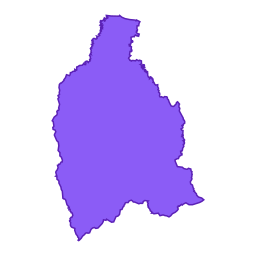 Pekalongan, Jawa Tengah, Indonesia
{"feature_id": "22746128B43405552393366", "entity_name": "Pekalongan", "entity_type": "district", "adm_level": 2, "iso_a3": "IDN", "parent_name": "Indonesia", "parent_adm1": "Jawa Tengah", "projection": "natural_earth1", "projection_center": [109.637, -7.042], "detail": "fine", "context": "isolated", "style": "filled", "palette": "violet", "viewbox_px": 256, "rotation_deg": 0, "n_neighbors": 0, "source": "geoboundaries", "source_scale": "gbopen_adm2", "svg_char_len": 5713}
<svg xmlns="http://www.w3.org/2000/svg" viewBox="0 0 256 256"><path d="M203.8,199.8L201.7,198.0L198.4,197.0L196.7,195.2L196.4,193.8L194.7,192.0L194.6,191.3L193.9,191.2L194.2,190.6L193.5,189.5L193.8,188.6L193.2,188.0L192.4,185.0L190.7,183.9L190.3,181.8L191.8,179.4L191.9,178.3L191.4,177.8L192.0,175.8L191.7,175.0L192.2,174.4L191.7,172.9L192.0,171.7L191.1,171.0L190.8,169.0L188.4,168.3L187.4,169.2L186.4,169.2L183.8,168.5L182.3,167.2L177.4,166.6L175.1,161.0L175.1,159.8L177.2,158.7L178.4,158.6L179.3,156.3L181.0,155.4L181.5,154.6L182.0,154.7L181.9,153.3L180.8,153.1L180.6,151.2L181.4,150.9L182.3,151.4L181.8,150.6L182.4,150.2L182.7,148.1L183.8,146.4L183.3,144.4L184.2,144.0L184.5,142.9L184.3,142.1L183.9,141.9L184.2,141.1L183.2,140.7L184.5,139.9L183.5,138.6L183.0,136.8L182.0,136.6L183.2,135.4L183.2,135.1L182.1,134.9L182.8,134.0L183.0,130.5L181.8,130.2L181.0,129.0L182.8,127.8L182.9,127.1L181.9,125.6L182.4,125.1L183.2,125.2L183.6,123.9L184.7,123.2L184.7,121.4L184.1,120.1L183.4,119.7L183.2,118.1L179.3,110.9L179.8,108.2L178.9,107.0L179.1,104.6L179.5,104.1L177.6,101.8L176.5,102.5L176.3,103.7L173.9,106.2L173.1,106.5L171.1,105.9L169.2,102.2L168.4,99.8L167.4,98.8L167.3,97.5L166.8,96.8L164.5,96.6L163.5,97.6L161.4,96.7L161.0,97.0L159.9,96.8L159.5,95.8L159.8,94.2L159.6,93.0L158.6,92.2L159.0,90.4L157.9,89.7L158.5,88.3L157.6,86.5L157.7,84.7L155.7,85.1L154.6,84.0L154.0,82.5L153.0,82.4L153.4,81.2L152.9,80.5L153.0,79.2L152.3,79.2L152.1,78.0L151.5,78.0L151.1,77.1L150.3,76.8L150.2,78.1L149.5,78.7L149.5,77.6L148.5,77.2L147.7,75.4L147.7,72.9L146.5,72.6L146.5,72.2L147.3,71.6L146.0,70.8L145.4,71.7L145.1,71.6L144.4,70.8L145.3,69.5L143.9,69.2L143.6,68.7L143.5,68.1L144.6,67.4L143.3,66.5L144.0,65.5L144.4,65.6L144.3,64.9L142.9,64.6L142.4,65.3L142.8,66.8L142.5,68.4L142.1,67.8L141.5,67.6L141.5,66.3L140.9,64.2L140.7,64.2L141.5,63.6L141.4,60.9L139.6,60.2L138.9,60.8L136.5,59.7L135.6,60.8L133.3,60.5L132.0,60.5L131.5,61.0L129.8,60.3L129.8,59.6L128.6,58.5L128.8,57.6L130.8,55.6L129.5,54.9L130.0,51.5L131.2,51.6L131.3,51.0L131.8,51.0L131.9,50.1L131.2,49.9L131.4,46.7L129.4,46.0L129.6,44.9L129.1,44.8L129.1,44.5L129.7,44.5L129.7,44.9L130.4,45.2L130.4,43.9L130.9,43.7L131.1,42.2L132.5,42.2L132.8,41.8L132.5,40.7L131.3,40.8L131.0,37.3L133.6,36.5L134.1,36.8L135.3,35.0L137.1,36.0L137.3,35.6L138.6,36.2L139.2,34.1L137.2,33.4L136.3,32.2L136.6,30.9L137.2,31.0L137.5,29.8L136.9,28.6L137.1,25.8L138.7,25.8L139.0,23.5L139.9,21.7L136.7,20.1L136.6,20.6L136.0,20.7L136.0,20.4L135.2,20.1L129.9,19.6L125.0,18.6L121.8,17.2L119.6,15.4L119.1,16.2L111.0,16.0L106.3,15.4L106.5,16.6L107.6,16.8L107.9,17.8L107.5,18.2L106.7,17.9L106.2,18.8L104.4,17.9L104.3,18.5L105.2,20.7L104.7,21.0L104.2,19.5L103.7,19.2L102.9,20.7L102.0,20.7L101.4,21.3L100.8,20.6L100.5,20.8L100.2,22.5L101.2,23.1L100.3,24.7L101.9,24.1L101.7,24.6L100.4,25.2L100.5,25.8L102.7,25.4L102.5,25.9L101.7,26.1L101.6,27.0L102.6,27.4L102.7,27.9L102.3,28.5L101.2,27.2L100.6,27.5L100.7,28.2L101.6,28.8L100.8,28.9L100.3,30.4L101.3,30.4L101.4,31.1L100.3,31.9L100.5,33.1L99.5,33.3L98.5,34.3L99.6,35.0L99.7,35.4L98.0,36.4L96.7,36.1L97.1,36.8L96.8,37.6L97.2,38.0L96.7,38.8L95.7,39.1L94.9,38.5L93.4,38.5L91.8,40.4L91.9,40.9L92.9,40.6L93.1,42.0L92.3,42.6L93.3,43.6L91.6,44.3L92.7,45.1L92.6,45.8L91.8,46.1L91.7,48.0L90.9,47.8L90.4,48.5L91.2,50.3L91.0,51.9L91.4,52.5L90.6,53.3L90.9,54.0L90.5,53.7L89.5,55.6L90.4,56.5L90.3,58.1L90.7,58.7L90.2,59.1L90.3,59.7L89.7,59.7L90.0,61.0L88.9,61.6L88.3,62.5L87.1,61.1L86.0,61.3L85.5,61.9L85.9,63.2L85.6,64.6L84.3,64.4L84.1,63.0L82.3,65.2L79.4,65.5L77.6,66.8L76.9,66.8L76.6,67.9L76.8,69.9L76.3,70.2L74.8,69.4L75.0,71.2L73.1,71.3L71.1,72.7L70.4,72.6L70.1,74.7L69.5,75.6L66.5,74.7L65.5,77.6L63.9,79.7L64.0,80.4L61.3,83.1L60.5,83.1L59.4,84.4L59.0,87.6L59.7,90.3L59.2,92.7L59.5,94.5L58.0,95.5L58.1,96.0L59.0,97.2L57.9,98.8L59.6,104.3L58.6,108.1L59.0,108.8L58.9,109.9L58.3,110.5L57.5,110.4L56.8,111.8L57.3,113.0L57.0,114.8L54.2,117.1L52.2,120.8L53.2,121.6L53.8,125.4L53.8,126.5L52.8,127.4L53.1,129.4L55.1,130.1L55.8,131.8L54.5,134.3L54.4,135.2L56.8,140.7L58.3,142.1L58.8,145.7L58.1,150.5L59.9,152.6L59.9,155.9L61.3,157.1L62.4,160.1L62.2,161.9L61.2,162.0L59.6,164.4L58.6,164.3L58.2,165.3L57.5,165.4L58.1,167.6L57.2,169.9L56.0,171.4L55.8,172.6L56.7,175.6L55.7,176.2L56.9,176.7L57.0,179.3L58.4,180.3L59.0,181.5L58.9,183.0L60.9,187.0L61.3,189.5L62.3,191.1L62.9,198.3L63.7,198.9L64.7,199.0L65.7,200.1L67.0,204.8L68.6,206.4L68.2,207.8L69.2,207.6L68.9,209.7L70.1,209.5L70.2,211.3L70.9,211.7L71.1,212.7L72.2,213.0L72.8,215.3L71.8,217.4L71.1,217.3L70.0,218.6L70.4,220.2L69.6,220.6L69.7,221.4L70.6,222.4L70.4,225.1L71.1,226.6L71.9,227.3L74.9,228.4L74.7,230.3L76.1,234.3L77.5,235.9L77.7,237.0L78.6,237.8L78.8,239.2L78.1,240.2L78.7,240.6L79.4,240.1L81.3,238.2L82.5,236.2L84.7,234.4L85.4,233.3L86.9,232.8L88.0,233.2L89.6,232.8L91.0,229.4L92.6,228.0L94.4,227.5L95.8,228.4L98.0,228.0L102.2,223.5L103.2,221.6L103.5,219.8L106.0,220.3L106.5,219.2L111.6,222.2L113.7,221.9L116.0,216.6L117.9,216.1L119.5,214.5L120.3,209.8L122.0,209.4L122.9,207.1L123.8,206.4L124.0,205.2L124.7,204.6L125.0,203.3L125.8,202.6L128.1,202.6L129.2,200.9L131.3,200.2L132.4,200.9L133.3,202.0L134.8,202.1L138.9,203.8L140.2,203.3L142.3,203.4L142.9,202.9L143.2,201.6L144.8,200.5L148.1,201.0L147.4,201.6L147.5,202.7L148.2,203.3L147.7,205.0L148.4,206.3L148.0,206.9L149.9,209.3L150.3,210.8L151.7,211.7L151.9,212.4L151.5,213.1L152.8,213.1L153.9,213.8L158.3,213.2L160.0,215.7L163.1,214.9L164.9,215.6L166.6,215.8L169.0,216.9L170.7,215.8L172.4,213.7L175.2,212.3L177.3,210.5L178.2,209.1L177.5,207.1L178.1,206.9L178.2,206.1L179.2,206.2L179.2,205.8L180.2,205.6L181.3,204.4L182.2,205.1L183.3,204.1L185.9,202.8L189.0,204.7L192.5,204.7L199.5,202.5L201.9,201.3L203.8,199.8Z" fill="#8b5cf6" stroke="#5b21b6" stroke-width="1.5"/></svg>